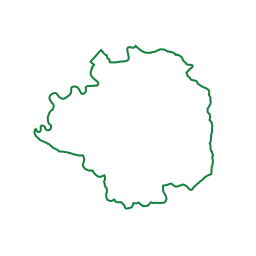 Alma, Sibiu, Romania, rotated 159°
{"feature_id": "2599482B74056506613353", "entity_name": "Alma", "entity_type": "district", "adm_level": 2, "iso_a3": "ROU", "parent_name": "Romania", "parent_adm1": "Sibiu", "projection": "orthographic", "projection_center": [24.465, 46.229], "detail": "fine", "context": "isolated", "style": "outline", "palette": "green", "viewbox_px": 256, "rotation_deg": 159, "n_neighbors": 0, "source": "geoboundaries", "source_scale": "gbopen_adm2", "svg_char_len": 5784}
<svg xmlns="http://www.w3.org/2000/svg" viewBox="0 0 256 256"><g transform="rotate(159 128 128)"><path d="M100.7,201.2L101.3,197.9L101.7,194.8L102.3,193.0L102.7,192.2L103.3,191.7L104.7,191.2L105.8,191.1L112.1,192.9L114.9,193.4L118.1,194.4L121.3,195.8L121.3,196.8L120.9,197.8L120.9,198.4L121.7,199.7L122.0,200.6L122.0,202.1L121.8,203.1L121.8,203.4L121.9,203.7L122.6,204.1L123.1,204.8L123.9,206.5L124.1,207.4L124.4,208.6L124.9,208.9L124.9,209.9L125.1,210.5L127.5,209.3L128.4,209.0L129.4,208.5L129.7,208.1L139.1,203.4L138.8,202.9L138.3,201.4L137.0,199.2L140.2,197.3L140.0,196.6L141.9,194.9L143.1,193.0L143.6,191.3L143.5,189.9L143.3,188.6L141.5,184.8L140.0,182.5L139.7,181.1L139.7,180.3L141.2,178.9L141.7,178.6L142.8,179.2L143.9,179.4L149.7,181.3L150.9,181.6L152.0,181.6L152.8,181.1L153.2,180.4L153.8,178.0L154.1,177.5L155.0,176.6L156.4,176.1L157.1,175.9L158.6,176.3L159.1,176.8L159.6,179.4L159.9,182.0L160.5,183.7L161.3,184.8L162.6,185.7L164.0,186.2L165.2,186.2L166.6,185.8L167.8,182.8L168.1,182.1L168.9,181.0L169.8,180.4L171.2,179.6L173.7,179.0L174.2,178.7L175.7,178.4L177.1,178.3L178.7,178.7L180.3,180.4L181.2,181.8L181.6,183.1L182.1,185.1L182.4,185.9L183.0,186.5L183.5,186.8L185.2,187.1L186.0,187.1L187.7,186.8L189.0,186.2L189.5,185.8L190.3,184.8L190.8,183.5L190.6,181.4L190.1,178.8L189.2,176.7L189.2,176.0L189.8,174.5L190.7,173.3L191.2,172.7L191.6,172.4L194.5,171.4L195.8,170.4L196.4,169.7L198.2,167.9L199.2,166.5L199.9,164.1L200.3,162.3L200.4,161.4L200.2,160.4L199.2,158.3L199.0,157.7L199.1,157.1L199.9,155.6L200.8,154.8L201.6,154.4L203.3,154.5L203.9,154.8L204.6,155.4L205.1,156.1L205.4,156.9L205.3,158.5L205.5,159.4L207.0,161.0L207.8,161.3L208.0,161.3L208.6,160.8L209.4,159.9L210.0,157.7L210.4,157.1L211.2,156.3L211.8,156.1L212.7,156.2L213.0,156.3L213.6,156.9L214.2,157.8L214.4,160.1L214.6,160.1L214.9,159.7L215.3,159.4L215.9,159.3L216.2,158.3L216.8,157.9L216.9,157.7L217.0,157.5L216.9,154.0L216.7,153.3L216.5,152.5L215.3,150.7L215.0,149.9L215.0,149.1L214.8,148.9L214.1,148.0L213.6,147.4L212.9,146.9L212.2,145.9L211.0,145.0L210.1,143.9L209.2,143.2L208.8,142.7L208.7,142.1L208.0,141.8L207.5,141.3L206.6,139.2L206.0,138.8L205.2,136.7L204.3,135.6L203.5,134.9L203.2,134.4L201.9,133.2L201.3,132.4L201.1,131.9L200.8,130.9L200.4,130.6L197.8,129.6L195.1,127.9L193.6,127.2L192.1,125.9L190.5,125.0L188.1,122.8L186.7,122.3L185.5,120.9L184.4,120.6L183.5,119.9L182.4,119.4L180.5,118.9L179.8,118.4L179.7,118.0L179.9,117.2L180.0,115.0L180.1,114.2L181.4,112.5L182.0,111.4L183.3,110.1L183.6,109.5L183.6,108.6L183.6,108.0L183.2,107.2L183.1,105.8L182.6,105.1L179.9,102.4L176.2,100.9L176.3,99.4L175.4,97.0L174.9,95.8L173.4,93.6L172.2,92.7L171.6,92.3L167.1,92.3L167.1,91.0L167.3,90.6L167.3,90.0L167.5,89.5L167.8,88.7L167.9,88.2L168.1,87.9L168.8,87.5L169.2,87.0L169.6,86.5L169.7,86.3L169.7,84.2L170.1,83.6L170.2,82.2L170.1,80.6L169.7,79.8L169.6,79.3L169.7,78.4L170.7,75.7L171.8,74.5L172.2,73.9L173.2,70.8L173.1,69.1L172.9,68.4L172.7,68.0L171.3,66.7L170.4,66.1L169.3,65.8L168.4,65.8L167.2,66.3L166.4,66.2L166.2,64.3L165.8,63.6L165.1,62.9L163.7,62.1L161.3,61.4L160.8,61.1L160.2,59.0L159.4,58.1L159.2,55.9L159.2,54.5L159.0,53.8L158.9,53.7L158.2,53.3L157.2,53.1L154.6,52.7L153.1,52.7L152.6,52.9L152.3,53.3L150.7,54.7L150.3,55.2L150.0,55.9L148.1,55.0L146.4,54.4L145.7,54.8L144.8,54.7L144.5,54.1L143.7,52.6L143.5,51.8L143.3,51.5L142.2,50.6L142.0,50.3L142.0,49.7L141.8,49.6L138.4,48.4L137.6,48.4L136.9,48.6L134.3,49.8L133.2,50.5L132.1,49.4L131.5,49.0L129.8,48.4L128.2,48.1L126.3,46.9L124.1,46.3L123.2,45.9L122.7,45.8L122.0,45.5L121.1,45.5L120.0,45.7L119.4,46.0L117.8,47.4L117.5,47.8L117.3,48.8L117.0,51.0L117.1,51.7L117.7,54.5L117.8,56.3L117.5,57.2L117.4,58.3L116.7,59.3L116.5,60.6L116.1,61.3L115.8,61.6L112.4,60.9L108.5,60.8L107.5,60.5L107.2,60.2L106.0,57.9L105.5,57.1L104.5,56.2L103.9,55.9L101.5,55.7L100.6,55.7L98.6,55.5L97.4,55.6L96.4,55.3L94.9,53.7L94.2,52.7L93.6,51.7L93.0,49.7L92.3,48.5L91.5,47.8L90.9,47.5L90.0,47.6L88.7,48.7L85.9,50.0L85.2,50.2L83.3,51.1L82.0,51.3L79.3,52.5L77.4,52.8L75.6,53.6L75.0,54.1L74.7,54.3L70.7,55.1L66.9,55.1L65.6,57.2L65.6,57.7L64.2,60.9L63.6,61.9L62.3,63.1L61.7,64.5L60.5,66.8L60.3,67.7L60.2,69.0L59.6,71.0L59.4,71.2L59.0,71.4L58.4,72.0L58.5,74.5L58.1,75.9L58.3,76.7L58.7,77.6L58.7,78.1L57.3,81.9L57.2,84.3L56.5,84.6L56.0,85.6L55.4,86.2L54.9,87.4L54.0,89.0L53.7,89.8L52.7,92.0L52.0,92.8L51.7,93.2L51.3,94.0L50.4,95.2L50.0,97.1L48.8,99.2L48.5,100.3L48.1,102.1L48.1,104.0L48.2,104.4L48.8,105.3L49.1,106.2L48.9,106.5L47.7,108.1L47.4,108.6L47.3,109.1L47.2,110.1L46.8,111.8L47.9,113.9L47.9,114.6L46.8,117.4L46.5,117.8L44.8,118.8L44.1,119.6L42.3,120.9L41.9,122.1L41.4,122.9L41.2,123.7L41.2,124.8L40.7,125.3L40.3,126.1L40.2,127.2L40.3,128.4L40.5,129.4L40.4,129.9L40.4,130.3L39.7,131.3L39.4,132.4L39.0,133.3L39.1,134.0L39.4,134.9L40.0,136.2L40.4,136.7L43.5,139.6L45.4,142.0L46.2,143.2L46.9,144.3L47.0,144.7L47.1,146.4L47.2,146.9L47.6,147.5L48.4,148.3L50.0,149.1L51.7,150.4L51.9,150.9L52.5,153.3L52.7,153.7L53.7,155.1L53.6,156.0L53.6,158.6L52.0,159.6L51.0,159.8L50.4,160.4L49.9,160.7L48.0,161.1L47.1,161.5L46.4,161.6L45.3,162.9L45.3,163.0L45.6,163.6L46.1,164.0L49.6,165.9L50.5,166.5L50.6,167.2L50.7,168.0L51.4,169.2L52.2,170.8L52.5,174.5L52.8,175.1L53.4,176.3L54.7,178.0L55.4,178.6L55.5,178.5L55.8,178.8L56.7,178.9L57.2,179.1L57.4,179.3L57.4,180.3L57.5,180.6L58.9,182.0L59.4,182.7L60.0,183.2L60.9,183.5L61.4,184.1L61.9,184.5L63.4,185.1L64.1,186.0L64.9,186.7L65.7,188.0L66.0,188.3L66.8,188.7L68.1,188.9L68.5,189.4L70.0,190.0L70.6,190.0L71.5,189.7L73.7,189.8L74.6,189.7L75.4,189.6L76.7,189.6L78.4,190.3L79.7,190.0L80.3,190.4L82.3,190.9L84.2,192.0L84.9,192.2L85.9,193.2L87.1,194.5L88.5,196.3L90.8,200.4L91.4,201.9L92.7,201.1L93.5,200.9L93.8,201.0L95.4,201.4L96.6,202.5L97.3,202.9L97.8,203.1L99.2,203.1L100.0,202.5L100.7,201.2Z" fill="none" stroke="#15803d" stroke-width="2"/></g></svg>